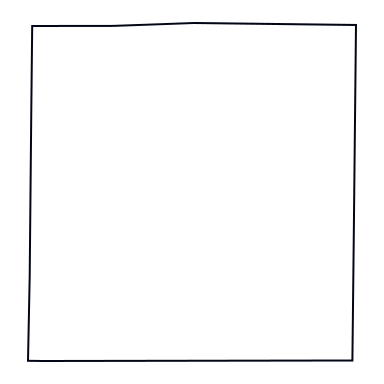 outline of Jefferson, Illinois, United States of America
{"feature_id": "52423323B98138287519382", "entity_name": "Jefferson", "entity_type": "district", "adm_level": 2, "iso_a3": "USA", "parent_name": "United States of America", "parent_adm1": "Illinois", "projection": "equal_earth", "projection_center": [-88.993, 38.301], "detail": "fine", "context": "isolated", "style": "outline", "palette": "ink", "viewbox_px": 384, "rotation_deg": 0, "n_neighbors": 0, "source": "geoboundaries", "source_scale": "gbopen_adm2", "svg_char_len": 249}
<svg xmlns="http://www.w3.org/2000/svg" viewBox="0 0 384 384"><path d="M29.7,276.3L28.0,360.8L42.7,361.0L352.4,360.5L353.8,234.3L356.0,25.0L193.6,23.0L113.1,25.9L32.2,26.0L31.3,108.8L29.7,276.3Z" fill="none" stroke="#020617" stroke-width="2"/></svg>